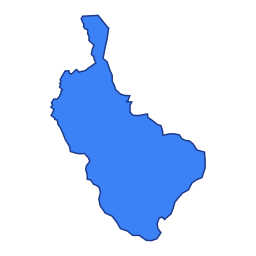 the district of Omodos, Limassol, Cyprus
{"feature_id": "46923920B71532820386546", "entity_name": "Omodos", "entity_type": "district", "adm_level": 2, "iso_a3": "CYP", "parent_name": "Cyprus", "parent_adm1": "Limassol", "projection": "equal_earth", "projection_center": [32.802, 34.86], "detail": "fine", "context": "isolated", "style": "filled", "palette": "blue", "viewbox_px": 256, "rotation_deg": 0, "n_neighbors": 0, "source": "geoboundaries", "source_scale": "gbopen_adm2", "svg_char_len": 1859}
<svg xmlns="http://www.w3.org/2000/svg" viewBox="0 0 256 256"><path d="M51.1,115.4L54.7,118.1L54.8,119.4L57.2,120.1L58.1,124.5L60.4,127.8L62.9,133.4L65.3,139.5L69.5,146.4L70.4,151.5L75.7,153.1L79.9,153.8L84.6,153.5L88.3,157.7L89.8,161.4L86.4,165.8L85.7,169.6L87.2,174.3L87.3,179.3L90.8,180.0L93.5,184.2L96.5,185.3L99.1,187.4L100.5,192.3L98.8,199.1L100.2,205.8L105.2,213.0L112.2,216.2L117.1,222.7L117.6,223.6L120.4,228.6L127.4,231.0L132.8,235.4L139.2,235.4L146.3,240.3L151.5,240.6L156.9,238.7L160.9,232.7L157.8,228.4L157.2,223.6L159.1,218.2L162.1,217.0L164.5,219.5L171.0,213.8L173.1,208.3L174.9,202.1L178.0,198.3L182.6,193.0L188.4,189.9L192.0,182.9L196.5,179.8L200.3,178.2L202.0,177.5L205.1,167.8L205.1,159.9L204.5,152.1L202.2,151.5L196.9,150.0L193.1,144.0L189.4,140.9L185.4,140.4L181.8,138.7L179.3,134.8L173.8,133.8L169.8,133.8L163.0,135.3L162.4,130.2L160.8,125.5L157.2,124.5L154.4,122.0L147.9,117.4L147.4,114.0L143.7,114.6L139.2,115.5L134.9,115.5L132.5,115.0L130.1,112.0L130.0,105.4L131.8,102.0L128.2,101.8L126.7,102.0L126.9,101.1L127.5,101.1L127.8,100.9L129.8,95.7L125.0,95.5L121.2,94.4L119.4,93.2L115.6,89.5L114.2,85.1L112.2,81.4L112.2,75.5L109.7,69.6L107.1,61.8L103.0,58.4L105.7,44.8L107.2,38.6L108.0,32.4L108.7,28.1L107.9,27.6L98.1,15.4L82.7,16.2L81.2,18.7L82.4,21.8L83.9,24.2L83.5,26.4L84.7,28.5L87.8,29.9L87.6,33.4L89.1,36.8L88.9,40.4L91.4,42.7L94.1,45.2L92.6,48.4L91.9,51.0L91.4,54.5L93.9,56.7L94.0,58.9L95.8,62.8L90.7,66.5L89.8,67.2L88.6,67.8L86.8,69.4L84.8,70.8L80.7,71.6L78.5,72.1L77.7,70.4L76.1,69.6L73.0,72.7L71.5,74.1L71.2,73.7L69.4,73.4L68.9,70.8L65.1,71.0L63.0,74.7L61.3,77.5L60.2,79.9L60.8,80.9L60.6,82.3L59.7,83.6L60.6,84.8L59.6,87.2L62.5,89.7L60.9,91.2L61.2,93.2L60.4,93.9L59.6,96.2L57.2,99.1L53.7,99.1L51.5,102.9L52.6,104.7L51.8,106.1L50.9,107.1L53.9,109.5L52.9,112.3L51.1,115.4Z" fill="#3b82f6" stroke="#1e3a8a" stroke-width="1.5"/></svg>